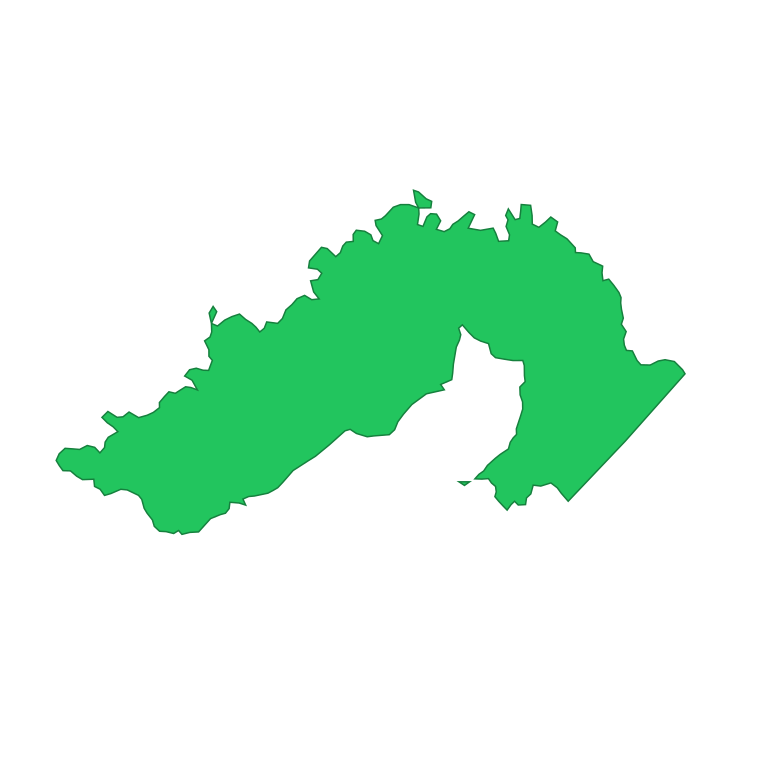 Rosário do Ivaí, Paraná, Brazil, rotated 292°
{"feature_id": "56859067B13040276916511", "entity_name": "Rosário do Ivaí", "entity_type": "district", "adm_level": 2, "iso_a3": "BRA", "parent_name": "Brazil", "parent_adm1": "Paraná", "projection": "mercator", "projection_center": [-51.205, -24.314], "detail": "fine", "context": "isolated", "style": "filled", "palette": "green", "viewbox_px": 768, "rotation_deg": 292, "n_neighbors": 0, "source": "geoboundaries", "source_scale": "gbopen_adm2", "svg_char_len": 3714}
<svg xmlns="http://www.w3.org/2000/svg" viewBox="0 0 768 768"><g transform="rotate(292 384 384)"><path d="M506.2,659.3L509.1,655.4L513.6,644.8L511.8,635.5L508.0,629.6L501.3,623.7L498.0,615.0L500.6,609.8L507.7,601.9L506.0,596.2L510.0,592.3L515.4,589.3L523.3,588.9L528.3,581.7L534.7,581.2L542.2,576.2L547.8,573.1L552.9,571.4L556.8,567.6L561.5,560.2L565.4,553.1L561.8,548.3L568.7,544.5L575.2,542.6L575.8,532.1L581.2,525.4L579.4,517.6L577.6,512.3L581.9,510.3L587.1,499.4L588.5,491.6L590.1,485.4L599.3,484.3L601.3,476.1L594.7,473.1L587.3,468.9L587.8,461.6L595.7,458.2L604.6,453.0L601.8,444.0L595.7,445.9L588.4,447.9L585.5,444.0L592.9,433.7L585.8,433.7L582.7,437.5L575.8,438.2L569.4,444.5L563.5,445.9L559.2,436.8L565.6,431.1L569.4,426.8L562.6,415.9L560.0,403.7L575.0,404.6L575.5,398.2L569.5,395.0L563.0,391.7L557.8,388.0L552.6,386.9L547.8,382.7L547.0,374.6L556.5,375.4L561.2,369.1L559.4,363.4L555.0,361.2L544.7,361.1L544.4,355.3L554.7,352.8L560.2,350.2L559.7,340.0L556.5,332.1L551.4,326.4L540.6,322.3L536.0,319.8L532.4,314.5L527.9,317.3L521.0,327.0L512.1,326.4L512.8,320.1L517.4,315.9L518.4,308.9L516.2,300.7L511.1,299.4L504.7,302.1L501.4,295.9L496.5,294.1L489.4,294.3L484.0,291.6L488.3,280.6L487.3,274.8L470.2,268.9L463.4,270.5L465.5,279.3L463.4,284.8L456.0,283.6L452.2,277.3L443.0,284.3L438.6,292.0L435.1,285.4L436.4,277.2L430.5,271.4L423.1,268.9L416.0,265.3L406.7,265.3L400.4,262.7L397.6,252.0L390.8,252.1L385.7,249.3L388.7,244.0L390.7,238.7L392.0,231.6L394.7,223.8L389.5,217.7L383.6,212.4L375.4,207.9L375.5,201.3L367.7,204.8L362.4,205.1L356.8,201.5L350.2,208.8L344.1,211.3L341.6,216.0L330.9,216.3L329.0,211.1L328.3,204.0L324.4,198.4L316.7,196.2L315.6,204.6L308.6,213.2L308.4,206.3L307.1,201.1L301.2,196.8L297.2,194.0L296.2,187.5L290.3,185.2L282.7,182.7L278.0,184.7L271.3,180.8L266.3,176.1L260.9,169.1L262.5,158.1L255.8,154.3L253.1,149.0L255.1,138.3L247.4,135.0L244.4,142.0L242.8,149.0L240.1,155.1L231.3,148.3L225.7,147.2L220.4,148.7L213.7,146.4L216.9,139.5L215.8,131.9L209.3,126.3L207.4,120.2L204.9,112.4L197.7,109.0L190.3,108.7L186.7,113.5L183.4,118.8L186.0,125.8L183.4,133.6L182.4,140.3L187.0,150.6L180.6,154.0L180.1,160.2L176.0,166.6L180.1,171.8L187.8,179.4L189.6,185.6L188.8,198.1L186.3,202.6L178.9,208.2L175.5,212.7L171.2,220.2L166.0,224.3L163.4,231.1L165.5,237.3L166.6,245.0L171.2,248.4L168.9,253.0L173.7,259.6L177.4,267.5L187.3,271.1L194.2,273.6L201.6,281.2L204.8,285.4L210.4,287.1L216.6,285.4L219.4,294.3L219.9,301.1L224.5,296.3L229.0,300.7L231.6,305.8L239.3,317.3L243.6,320.9L248.0,324.3L254.9,327.0L265.0,330.5L269.7,332.1L274.5,335.5L283.9,342.1L291.3,347.5L307.1,356.1L326.0,365.4L329.3,369.6L327.8,376.9L328.8,388.2L332.1,394.1L339.0,407.9L345.6,411.0L354.2,411.0L363.4,413.4L375.4,417.5L390.8,427.0L401.2,442.1L404.8,436.7L413.4,445.2L419.8,443.6L428.4,440.9L445.3,437.2L452.9,437.5L458.5,436.7L463.7,432.3L468.2,434.5L463.6,443.4L460.6,450.4L460.0,457.7L460.6,465.8L452.3,472.0L450.2,477.5L452.0,485.9L454.1,494.9L457.8,503.9L453.6,507.2L444.3,511.1L439.1,514.0L432.1,511.1L424.9,514.3L419.3,519.2L412.7,522.0L404.5,522.7L392.0,523.5L386.9,525.8L382.5,524.0L377.2,522.9L370.4,523.7L362.4,518.2L356.9,515.1L347.3,510.4L340.7,509.0L335.9,505.9L330.1,503.8L332.5,510.4L335.4,516.3L332.5,520.7L330.8,525.8L326.0,528.5L321.1,529.0L318.3,534.2L315.3,540.6L313.2,545.4L319.8,547.0L324.2,549.0L322.1,553.8L325.2,560.4L331.8,558.8L337.1,561.3L346.1,560.2L348.1,567.6L354.8,575.8L352.7,583.5L349.1,589.3L344.3,598.7L421.4,629.1L506.2,659.3ZM560.2,350.2L564.9,361.4L571.2,359.8L571.5,353.7L575.0,344.1L574.7,338.8L564.3,345.3L560.2,350.2ZM375.5,201.3L388.4,201.8L391.9,196.5L384.3,195.3L375.5,201.3ZM325.4,500.0L321.4,490.2L320.1,496.6L325.4,500.0Z" fill="#22c55e" stroke="#15803d" stroke-width="1.5"/></g></svg>